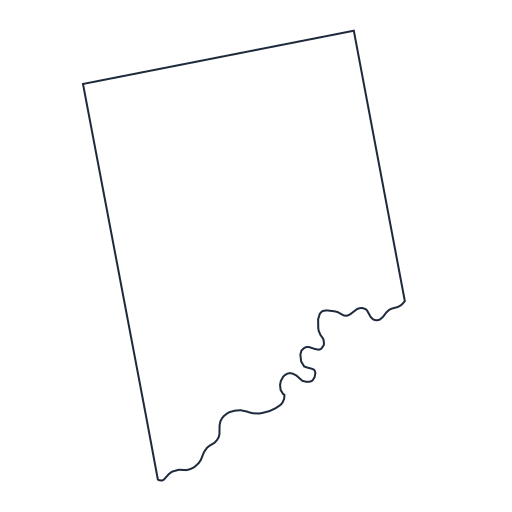 outline of Monona, Iowa, United States of America, rotated 259°
{"feature_id": "52423323B96687064906768", "entity_name": "Monona", "entity_type": "district", "adm_level": 2, "iso_a3": "USA", "parent_name": "United States of America", "parent_adm1": "Iowa", "projection": "albers", "projection_center": [-96.213, 42.039], "detail": "fine", "context": "isolated", "style": "outline", "palette": "slate", "viewbox_px": 512, "rotation_deg": 259, "n_neighbors": 0, "source": "geoboundaries", "source_scale": "gbopen_adm2", "svg_char_len": 1525}
<svg xmlns="http://www.w3.org/2000/svg" viewBox="0 0 512 512"><g transform="rotate(259 256 256)"><path d="M457.9,119.0L117.2,117.5L55.4,117.0L54.5,117.9L53.5,120.7L54.0,122.8L58.4,128.6L59.8,131.2L60.4,133.2L60.9,139.5L59.1,146.9L59.4,151.2L60.6,155.3L63.7,160.3L66.3,162.9L73.4,167.5L77.1,171.3L78.6,174.1L80.5,179.5L82.7,182.5L85.1,184.7L88.0,186.1L97.0,188.0L100.8,189.7L103.3,191.8L104.9,193.7L106.9,197.5L107.8,200.2L108.2,205.7L107.6,211.3L105.1,217.3L103.8,219.5L102.2,223.0L100.8,228.9L100.7,231.9L101.2,239.7L102.9,246.4L104.5,250.1L105.3,251.9L107.0,254.0L109.8,256.0L111.4,256.7L114.4,257.4L115.3,256.3L119.8,254.6L124.8,255.0L128.5,256.5L132.3,259.6L133.3,261.1L134.5,264.1L134.6,266.8L133.5,269.6L131.0,272.8L124.5,277.8L122.7,282.0L122.4,285.3L122.6,286.8L123.4,288.1L125.9,290.4L129.9,292.0L132.4,291.7L133.3,291.2L134.5,289.6L137.0,284.5L138.4,282.2L143.8,280.2L150.6,280.7L154.4,282.5L156.4,285.5L157.0,287.6L156.9,289.3L156.3,291.1L153.5,296.0L152.0,299.9L152.3,301.8L152.9,302.8L155.5,305.4L156.6,306.0L160.8,306.3L162.6,305.9L166.2,304.2L170.5,303.3L173.0,303.3L182.0,304.9L187.1,307.6L188.9,310.0L189.3,311.5L189.1,315.2L186.7,322.6L185.4,325.4L181.2,330.4L180.6,331.5L180.0,333.9L180.7,337.1L184.7,345.2L185.0,348.1L184.7,350.3L183.0,353.4L181.4,354.6L174.3,356.9L171.5,358.8L170.5,360.4L169.8,362.4L169.9,365.3L172.0,369.0L175.6,373.0L177.6,376.2L178.4,378.8L178.8,384.6L179.2,386.6L180.1,389.1L181.6,391.4L183.4,393.5L458.5,395.0L457.9,119.0Z" fill="none" stroke="#1e293b" stroke-width="2"/></g></svg>